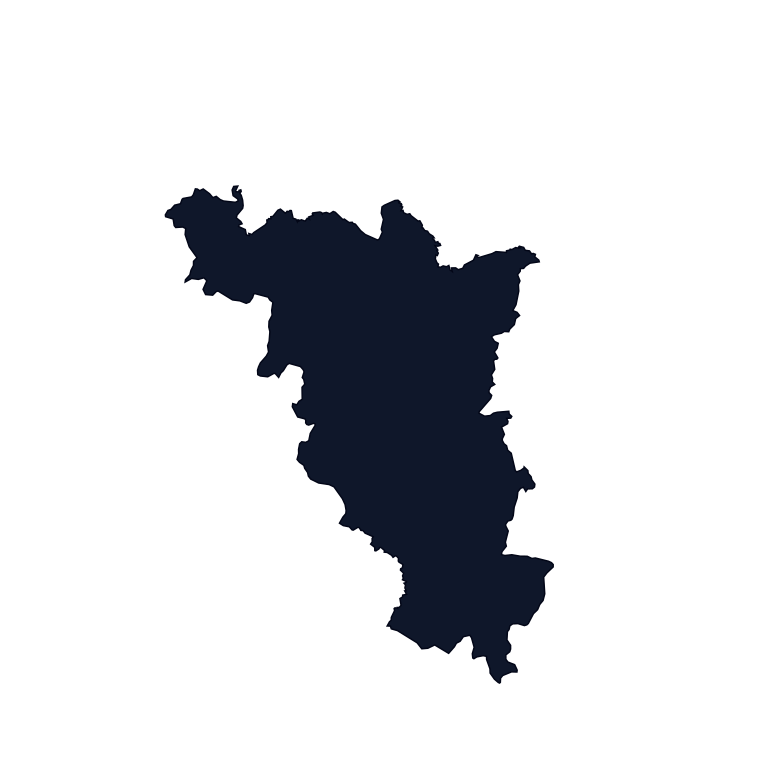 Jilin, Robinson projection, rotated 216°
{"feature_id": "CHN-1828", "entity_name": "Jilin", "entity_type": "Province", "adm_level": 1, "iso_a3": "CHN", "parent_name": "China", "parent_adm1": "", "projection": "robinson", "projection_center": [126.245, 43.576], "detail": "fine", "context": "isolated", "style": "filled", "palette": "ink", "viewbox_px": 768, "rotation_deg": 216, "n_neighbors": 0, "source": "natural_earth", "source_scale": "10m", "svg_char_len": 6171}
<svg xmlns="http://www.w3.org/2000/svg" viewBox="0 0 768 768"><g transform="rotate(216 384 384)"><path d="M659.0,391.0L660.3,392.3L660.8,397.4L659.0,400.0L658.5,405.6L654.6,410.2L655.9,414.7L655.6,416.0L649.6,422.3L649.5,425.1L651.3,431.0L649.6,432.0L646.7,432.1L644.9,435.5L637.0,435.4L632.0,434.2L630.0,437.2L625.0,436.9L621.4,437.7L611.1,443.6L609.6,446.3L611.0,447.7L616.8,447.7L620.9,451.7L621.7,455.5L618.6,458.2L617.7,453.3L616.8,452.5L614.1,454.3L615.1,455.4L614.0,456.9L612.8,456.0L612.5,453.3L610.5,452.8L606.5,449.7L602.8,445.5L601.6,443.0L602.2,434.2L601.1,431.6L595.4,431.3L593.0,430.2L594.8,427.5L594.2,425.9L587.0,427.4L583.3,424.0L581.9,424.0L580.2,424.9L581.8,426.3L578.6,427.4L578.4,429.8L573.6,442.8L573.4,445.8L575.2,447.8L574.3,448.9L574.6,449.9L572.6,451.2L573.9,452.8L572.4,454.3L572.0,462.2L570.6,464.6L564.1,464.2L563.9,466.8L562.5,467.3L562.0,469.2L560.9,469.8L554.9,464.6L552.2,465.6L549.5,464.3L550.2,466.1L549.4,466.6L548.7,465.7L547.4,468.3L543.5,469.4L543.5,473.0L541.1,473.4L543.1,474.9L540.4,478.8L542.0,479.4L542.2,480.5L536.9,485.5L535.1,486.0L533.7,485.2L533.6,486.5L531.5,488.9L527.9,489.9L526.5,493.7L524.4,494.3L513.8,492.8L513.1,494.1L507.2,494.1L504.7,496.2L503.5,495.7L501.1,496.5L493.0,494.3L487.0,493.9L473.8,496.7L473.0,498.7L474.6,506.0L477.2,507.6L481.2,516.9L486.6,520.6L489.7,526.1L488.8,528.8L483.0,538.9L480.7,540.9L478.2,540.7L479.0,539.7L478.2,539.2L475.9,540.0L474.8,539.3L475.1,537.7L473.0,538.2L472.1,534.1L470.6,535.6L468.8,534.1L465.1,534.8L463.2,536.9L461.0,536.1L452.3,535.8L450.9,537.1L446.3,535.0L445.3,532.7L444.3,533.2L441.3,532.1L438.6,533.2L435.7,532.1L431.4,532.4L429.3,531.7L430.5,530.7L430.0,529.8L427.9,530.0L425.7,528.7L424.1,530.8L422.7,529.8L421.4,530.5L419.7,529.4L421.5,527.1L424.1,525.9L419.2,524.0L419.7,523.0L417.0,521.8L416.4,519.3L418.0,519.1L416.0,515.4L412.4,513.2L410.4,513.0L409.4,510.5L406.9,511.6L405.6,514.3L402.4,515.6L401.2,518.0L397.6,515.1L394.8,515.1L397.6,517.6L394.2,520.1L391.2,520.1L388.3,523.9L388.9,527.6L384.4,536.7L385.6,542.6L383.6,543.2L384.4,541.6L382.7,541.6L380.9,542.9L373.2,553.0L371.2,556.9L362.3,562.4L363.2,563.8L361.0,566.2L361.2,567.2L359.5,568.0L357.7,571.8L354.6,573.0L353.9,574.0L355.6,574.0L355.5,575.0L351.3,576.6L348.3,575.2L344.6,577.2L341.0,576.0L340.1,577.3L337.7,577.9L336.8,575.5L331.6,575.2L330.2,574.1L337.0,567.5L338.8,562.5L339.0,559.6L341.5,557.5L340.1,555.3L340.2,550.9L334.6,547.3L333.7,543.4L329.6,538.4L323.8,525.7L323.0,519.1L318.5,520.2L314.6,519.1L315.9,514.3L313.5,508.7L314.5,502.3L313.8,499.6L317.6,497.2L318.8,494.2L323.6,488.7L324.9,485.4L319.7,483.4L315.5,484.1L313.5,479.4L313.6,474.8L307.2,472.0L307.3,470.4L308.8,469.2L309.1,467.2L303.0,460.9L302.5,454.5L299.4,452.3L297.6,449.3L294.2,448.8L296.1,444.3L295.3,440.3L293.8,438.7L290.2,438.1L289.2,435.0L290.7,417.3L289.9,416.2L283.7,417.1L279.4,421.0L278.3,424.7L275.8,427.7L267.0,435.3L265.1,433.3L261.6,432.9L261.4,430.9L264.6,428.3L261.7,426.6L260.7,424.5L263.6,418.2L257.0,414.0L256.1,409.2L255.0,407.8L251.7,406.2L248.6,406.1L245.0,403.1L240.4,402.8L227.0,391.2L225.1,390.8L222.6,394.5L221.4,398.3L221.9,399.3L216.7,398.5L214.7,396.3L210.6,395.5L208.0,393.3L203.1,391.7L201.7,389.1L202.4,386.4L206.2,383.6L206.1,380.4L210.5,382.4L212.2,379.9L212.4,375.5L209.3,370.1L206.3,360.9L202.1,353.5L201.0,350.0L201.3,348.3L203.2,346.1L203.2,342.2L202.1,340.7L197.1,338.1L192.8,327.3L189.7,324.7L190.0,317.6L188.6,315.0L185.4,316.3L180.2,321.0L172.5,324.8L166.9,328.8L161.8,329.8L159.3,332.2L146.7,337.3L143.5,337.9L141.0,337.4L139.6,335.4L141.2,326.9L141.3,321.6L130.6,308.7L128.1,302.4L128.4,297.2L127.1,291.7L128.1,286.1L126.5,275.1L126.9,273.1L128.4,271.1L134.8,268.9L138.9,265.6L140.0,262.3L138.5,258.8L138.6,256.2L134.1,249.2L128.0,247.0L125.8,244.0L124.9,241.3L126.2,236.4L123.6,232.9L120.3,231.9L113.3,233.7L108.1,230.8L107.2,229.1L111.6,226.1L116.6,218.0L116.8,214.5L114.5,211.0L114.7,210.0L116.0,209.7L121.1,210.1L128.2,212.5L130.9,215.9L139.0,221.4L141.0,223.9L144.1,222.5L148.5,217.8L149.8,214.6L151.1,214.5L154.0,217.7L156.3,224.0L164.1,230.2L166.9,231.2L171.3,226.2L171.2,220.6L173.1,216.9L172.6,212.8L173.4,204.1L189.6,202.7L193.2,196.0L197.8,192.0L205.1,194.1L228.2,192.4L234.2,190.2L236.5,191.9L239.2,190.1L239.8,194.9L239.3,197.1L240.9,199.5L242.2,206.8L243.8,208.3L243.5,209.4L241.1,210.4L241.9,211.0L240.3,212.3L240.1,215.0L245.0,219.8L243.8,222.7L244.8,224.2L242.1,227.1L245.6,228.8L244.5,229.7L247.2,231.3L248.5,234.1L250.7,234.6L249.3,236.7L249.7,237.4L254.0,236.5L254.2,238.2L256.2,239.7L256.9,242.5L261.3,243.1L261.9,244.3L261.1,246.2L262.6,249.1L267.2,248.7L268.4,249.2L269.8,251.5L272.5,252.1L273.8,251.8L274.8,249.1L277.2,249.9L282.4,249.6L285.0,248.1L285.7,249.6L290.3,250.0L291.4,249.2L291.2,247.5L292.5,244.2L293.5,243.8L295.5,246.4L300.7,246.6L300.8,249.5L302.8,252.0L303.0,254.1L311.6,252.2L314.6,253.1L316.7,252.0L319.7,253.3L321.0,252.5L323.0,247.7L324.1,247.2L328.1,248.1L333.7,245.5L338.2,245.2L339.0,252.1L338.7,256.7L340.3,259.4L344.6,263.6L350.3,266.8L364.0,271.4L369.3,270.4L378.7,265.5L387.4,264.0L391.0,265.0L393.8,267.5L398.6,269.2L401.0,271.1L406.3,271.0L410.0,271.9L412.1,277.5L414.7,280.9L417.1,286.1L416.6,288.9L413.0,290.8L411.5,293.9L414.6,300.7L415.4,310.2L416.1,311.1L417.9,310.8L420.8,306.5L422.7,305.9L424.5,306.5L425.9,308.6L427.5,309.3L434.4,306.6L444.8,311.7L446.3,314.5L442.3,315.9L442.6,320.0L441.2,323.6L448.4,333.2L448.0,337.3L451.7,340.6L453.9,341.2L455.8,346.9L457.8,348.1L461.9,349.0L472.9,344.9L473.8,342.3L473.3,335.6L473.9,332.3L473.1,327.4L478.3,328.6L479.4,327.7L482.3,321.5L488.8,317.8L491.6,317.4L494.4,320.8L495.6,324.3L496.4,328.4L495.6,337.3L496.2,342.0L500.7,346.6L502.0,351.0L507.1,359.3L510.7,362.4L513.9,367.2L514.9,373.9L518.1,377.5L521.9,384.8L525.8,384.9L528.8,386.2L541.5,381.3L542.3,380.2L541.1,376.6L541.0,371.3L542.9,368.3L549.4,366.6L556.0,363.0L572.9,361.7L574.1,360.1L574.8,355.2L580.9,351.5L586.0,354.2L588.0,363.4L592.1,364.1L595.7,359.5L601.7,356.3L604.8,349.6L605.9,351.7L605.2,358.2L607.0,362.6L607.8,367.9L610.2,371.3L609.5,376.3L622.2,380.5L632.7,388.0L635.8,393.2L639.1,392.7L644.5,388.2L646.8,388.8L651.6,393.6L659.0,391.0Z" fill="#0f172a" stroke="#020617" stroke-width="1.5"/></g></svg>